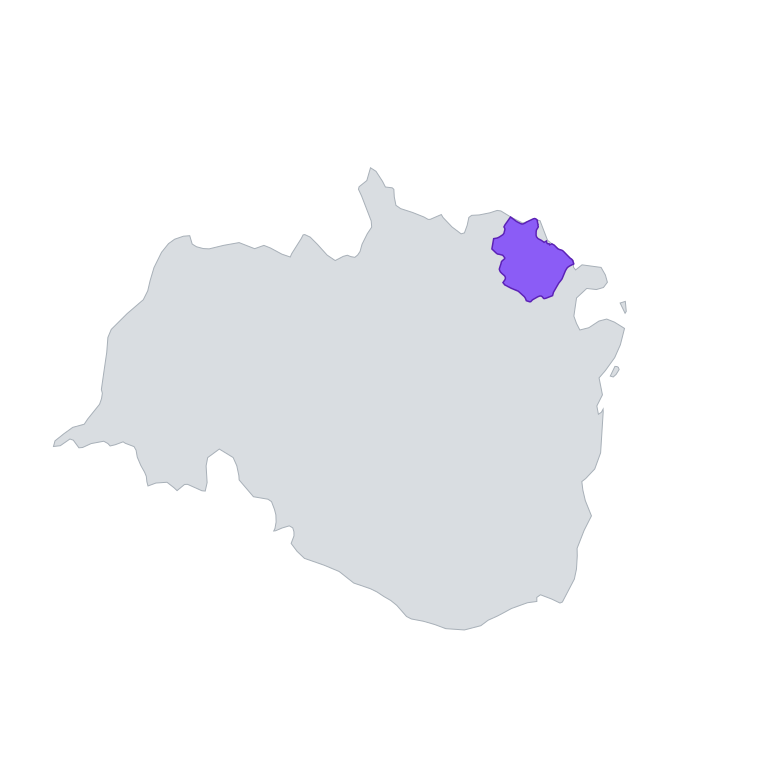 Cambodia, with Kâmpôt highlighted, rotated 210°
{"feature_id": "KHM-1797", "entity_name": "Kâmpôt", "entity_type": "Province", "adm_level": 1, "iso_a3": "KHM", "parent_name": "Cambodia", "parent_adm1": "", "projection": "mercator", "projection_center": [104.331, 10.788], "detail": "fine", "context": "in_parent", "style": "filled", "palette": "violet", "viewbox_px": 768, "rotation_deg": 210, "n_neighbors": 0, "source": "natural_earth", "source_scale": "10m", "svg_char_len": 4327}
<svg xmlns="http://www.w3.org/2000/svg" viewBox="0 0 768 768"><g transform="rotate(210 384 384)"><path d="M639.0,164.6L640.5,170.3L636.3,181.0L631.9,190.8L623.5,199.3L623.1,205.5L620.2,224.2L621.3,230.1L623.3,235.2L626.0,237.9L633.3,256.1L639.9,272.7L646.4,286.3L647.5,294.9L641.6,316.7L634.6,336.6L635.2,346.6L638.2,356.5L641.4,369.8L642.5,386.8L640.8,397.8L637.7,404.7L631.6,411.7L626.4,415.3L620.1,409.3L615.0,409.1L608.3,410.9L603.0,413.6L592.2,423.9L580.2,434.0L563.7,436.5L557.3,444.0L550.4,445.0L537.3,445.4L528.7,447.1L529.1,450.9L528.4,468.5L528.6,472.7L527.3,473.8L521.3,474.3L511.3,471.6L497.7,467.2L488.0,466.5L483.1,474.2L480.1,477.2L476.5,477.7L472.6,479.1L471.3,482.5L471.0,486.8L472.9,494.1L473.6,505.8L473.1,513.7L476.6,518.8L497.4,535.6L503.5,539.9L504.2,542.4L500.6,551.6L503.8,564.5L497.3,564.2L486.5,558.7L481.3,555.3L475.0,558.0L472.8,557.5L468.6,551.1L463.0,544.7L457.3,544.2L445.2,546.8L432.9,548.6L428.2,548.6L426.3,549.7L419.1,559.4L416.1,557.7L403.6,554.0L392.3,552.6L389.9,555.1L391.3,563.0L393.8,570.7L392.4,573.9L386.1,578.0L377.9,585.2L372.8,590.9L369.3,592.3L356.8,592.0L344.3,592.8L339.3,598.1L334.6,602.3L330.5,603.4L314.2,590.2L281.7,585.6L278.2,579.8L275.1,578.6L272.1,586.2L254.3,593.5L246.8,589.1L241.4,583.8L242.2,577.3L247.3,572.0L256.2,568.1L260.3,554.8L253.5,537.7L247.6,532.7L241.4,528.7L234.8,535.1L229.3,546.0L223.6,551.6L215.4,552.8L203.5,552.4L198.9,536.1L197.4,522.2L199.0,506.3L200.8,496.8L189.4,483.8L188.7,471.4L183.2,465.0L181.6,468.2L181.7,471.8L180.1,469.2L162.0,432.7L159.0,415.8L162.1,402.8L163.9,398.4L158.7,391.5L151.4,383.7L138.4,373.5L137.5,357.3L134.6,338.2L130.7,331.8L124.8,320.0L121.6,310.2L120.5,284.4L122.1,282.3L131.3,281.6L143.1,279.7L145.0,275.6L142.9,272.1L150.4,266.3L161.3,253.4L169.6,240.0L175.7,231.5L179.3,223.1L191.4,211.2L208.2,203.0L219.6,201.1L231.4,198.2L242.8,194.2L248.2,193.9L262.3,198.7L269.9,199.9L277.9,199.9L286.2,200.4L293.4,199.9L310.7,196.5L329.1,199.2L345.4,197.1L365.7,193.2L375.6,195.6L384.7,199.5L386.0,207.4L388.1,211.0L391.1,213.8L395.1,213.8L400.3,208.3L404.6,202.6L406.0,201.6L406.2,204.4L408.4,210.5L412.2,216.6L416.1,220.6L422.6,225.9L426.9,226.2L440.7,221.1L461.5,228.5L463.9,232.1L470.6,239.6L477.9,244.9L494.1,245.3L499.9,232.1L497.1,224.1L487.9,210.2L485.3,201.9L488.3,200.5L503.9,198.9L506.5,197.3L509.9,188.2L514.2,189.2L522.8,190.4L532.0,184.2L537.4,177.7L540.4,180.7L543.7,185.2L547.2,187.9L553.8,191.8L561.1,197.3L565.6,202.7L569.2,204.8L578.5,203.3L581.0,203.5L586.4,197.0L590.2,193.4L593.4,194.4L598.1,194.3L607.8,186.0L613.3,178.3L616.3,176.2L625.0,180.0L628.5,179.3L633.5,168.7L639.0,164.6ZM192.8,514.7L191.0,515.6L189.4,515.6L187.6,514.1L187.8,508.3L189.0,504.7L192.0,504.0L192.8,514.7ZM220.0,572.2L216.3,576.2L210.5,568.0L210.6,565.8L220.0,572.2Z" fill="#d9dde1" stroke="#a8b0b8" stroke-width="1"/><path d="M357.9,591.9L350.4,591.0L346.1,591.2L344.5,591.5L343.3,592.5L342.3,594.0L341.5,595.6L337.3,601.7L336.2,602.7L334.8,602.9L333.0,602.5L332.8,601.9L331.1,599.8L330.3,599.3L330.1,598.5L329.7,598.1L329.1,597.5L328.9,596.7L329.0,593.6L328.3,591.8L326.7,588.9L325.5,587.7L323.3,586.9L319.2,587.1L318.2,586.9L317.0,586.9L316.2,586.7L314.8,589.1L313.6,587.7L312.9,587.3L312.2,587.4L311.6,587.8L311.0,588.0L310.2,587.3L308.7,589.3L306.1,589.4L301.0,588.0L299.3,588.2L296.9,588.8L295.2,588.7L285.6,586.0L283.9,585.9L282.6,585.4L279.8,583.1L279.7,582.6L280.0,582.4L280.4,581.8L282.3,578.9L283.1,577.2L283.4,576.3L283.5,574.8L283.5,572.7L282.4,564.3L282.4,563.5L283.1,558.7L283.1,548.2L282.2,544.8L286.6,539.3L287.6,538.3L288.1,538.0L288.6,537.9L289.3,538.2L290.0,538.5L290.7,538.7L291.5,538.8L292.6,538.4L293.1,538.1L294.5,536.3L297.4,531.3L297.5,531.1L298.1,528.6L298.6,528.3L299.0,528.0L302.4,527.3L304.1,528.7L304.9,529.2L306.2,529.8L314.1,531.5L321.8,530.5L329.0,530.2L331.7,531.3L331.4,534.6L331.5,535.6L331.8,536.4L332.3,537.1L333.3,537.8L334.1,538.1L337.3,538.7L339.3,539.3L340.4,540.0L341.5,541.0L341.8,541.8L343.0,547.4L343.2,547.7L343.4,548.3L343.3,549.6L342.2,552.8L342.4,553.5L342.6,553.7L345.6,554.9L348.8,554.0L350.8,553.3L352.4,553.5L358.1,554.9L361.7,564.7L359.2,566.8L358.3,567.9L357.5,569.2L355.7,572.8L355.5,574.5L356.6,578.4L357.5,579.4L357.8,579.5L358.1,579.6L358.4,579.8L358.7,580.1L358.8,582.3L358.0,591.2L357.9,591.9L357.9,591.9Z" fill="#8b5cf6" stroke="#5b21b6" stroke-width="1.5"/></g></svg>